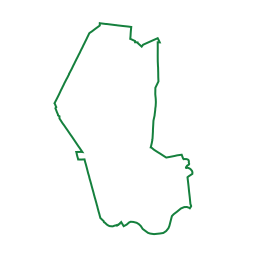 outline of Saravale, Timis, Romania, rotated 191°
{"feature_id": "2599482B63944101877376", "entity_name": "Saravale", "entity_type": "district", "adm_level": 2, "iso_a3": "ROU", "parent_name": "Romania", "parent_adm1": "Timis", "projection": "robinson", "projection_center": [20.709, 46.077], "detail": "fine", "context": "isolated", "style": "outline", "palette": "green", "viewbox_px": 256, "rotation_deg": 191, "n_neighbors": 0, "source": "geoboundaries", "source_scale": "gbopen_adm2", "svg_char_len": 4004}
<svg xmlns="http://www.w3.org/2000/svg" viewBox="0 0 256 256"><g transform="rotate(191 128 128)"><path d="M175.7,225.5L175.6,224.7L175.3,223.6L175.3,223.3L175.3,223.2L175.5,222.9L175.8,222.6L176.8,221.5L178.6,219.6L180.3,217.7L181.8,216.0L183.4,214.4L184.1,213.6L184.2,213.2L184.7,211.2L185.2,209.4L185.7,207.4L186.2,205.6L186.6,204.2L187.0,202.6L187.6,200.6L188.1,198.5L188.7,196.5L189.2,194.7L189.7,192.6L190.3,190.7L190.8,188.8L191.4,186.7L191.9,185.1L191.9,184.9L192.5,182.9L193.0,180.9L193.6,178.9L194.1,176.9L194.4,175.8L194.6,175.0L195.3,172.8L195.8,171.0L196.1,170.3L196.2,170.1L196.2,169.9L196.1,169.6L196.1,169.4L196.6,167.9L197.1,166.0L197.8,163.9L198.4,161.8L199.0,159.8L199.4,158.1L200.0,156.0L200.4,154.4L201.0,152.4L201.5,150.3L202.2,147.5L203.3,143.6L204.4,139.8L204.9,138.2L204.6,137.9L204.2,137.5L203.1,135.7L202.4,134.8L202.5,134.6L203.0,133.7L203.0,133.4L202.2,132.3L200.8,130.0L199.6,128.3L199.4,127.9L199.2,127.6L199.1,127.3L199.1,127.1L198.8,126.9L197.9,126.5L197.5,126.4L197.1,124.3L193.1,120.1L191.1,118.3L189.2,116.4L187.1,114.4L185.3,112.6L183.5,110.8L181.2,108.6L179.7,107.1L178.4,105.8L176.9,104.3L175.1,102.5L173.1,100.5L171.7,99.2L169.7,97.2L168.2,95.7L169.8,95.6L170.4,95.4L172.7,94.9L174.2,94.6L173.8,93.8L173.4,92.9L173.0,91.9L172.6,91.1L172.2,90.2L171.7,89.3L170.9,87.6L170.2,87.8L170.0,87.7L167.1,88.3L164.7,88.9L164.3,88.0L163.5,86.3L162.5,84.4L160.9,81.1L159.9,79.0L158.5,76.0L157.6,74.3L156.8,72.8L156.7,72.4L155.8,70.5L155.2,69.4L154.2,67.4L153.4,65.8L152.6,64.1L151.6,62.1L150.6,60.1L149.7,58.3L148.9,56.6L148.5,55.7L148.4,55.5L148.1,55.0L147.5,53.7L146.6,52.0L145.6,50.0L144.6,48.0L143.9,46.5L143.1,45.0L142.7,44.0L142.2,43.0L141.6,41.8L141.1,40.7L139.8,38.2L139.0,36.5L138.6,35.7L138.3,35.1L138.0,34.4L136.7,33.6L136.0,33.1L134.2,32.0L134.0,31.8L133.8,31.2L133.5,30.9L132.7,30.7L130.4,29.2L128.4,28.4L127.1,28.2L125.4,28.4L125.2,28.4L124.1,28.6L123.5,29.0L123.0,29.3L122.5,29.6L121.8,29.9L121.2,30.2L120.7,30.5L120.6,30.4L120.6,30.1L120.3,30.0L120.1,30.1L120.0,30.3L119.9,30.4L119.8,30.5L119.7,30.6L119.4,30.8L119.2,30.9L119.2,31.1L119.2,31.3L118.6,31.6L118.6,31.8L118.5,32.0L118.4,32.1L118.1,32.3L117.9,32.5L117.7,32.6L117.7,33.0L117.5,33.3L117.3,33.6L117.1,33.9L116.8,34.1L116.7,34.3L113.5,30.8L110.9,32.9L108.8,35.6L107.4,36.5L104.8,36.8L101.4,36.6L99.0,35.7L96.7,34.2L94.3,31.7L88.4,28.9L86.1,28.6L82.2,28.8L76.6,30.5L73.3,31.7L70.9,34.1L69.2,37.3L68.7,39.8L68.1,49.9L66.7,52.1L64.0,55.1L60.7,59.1L57.7,61.1L55.1,61.7L52.6,61.3L52.0,61.0L51.2,62.9L51.1,63.2L51.1,63.4L51.4,64.0L52.2,65.2L52.8,67.2L54.3,72.2L55.9,77.2L57.4,82.2L59.0,87.3L60.2,91.0L60.0,91.3L59.0,92.4L56.1,95.2L56.1,95.3L56.3,96.8L56.7,97.6L57.1,98.2L58.7,99.5L59.8,100.0L61.7,100.4L62.0,100.4L62.9,99.9L63.5,100.0L63.6,100.4L62.8,102.2L62.5,102.6L61.4,103.5L61.2,103.9L61.1,104.2L61.1,104.4L61.8,105.9L61.8,106.4L61.9,106.9L62.1,107.4L62.5,108.0L62.9,108.3L63.7,108.5L64.4,108.6L64.9,108.6L65.3,108.5L66.0,108.4L66.3,108.4L66.9,108.2L67.4,108.0L68.0,108.5L68.3,108.9L70.2,112.0L74.6,110.5L77.0,109.4L81.7,107.5L84.8,106.3L85.4,106.5L91.6,109.0L94.3,110.0L98.3,111.6L100.3,112.7L101.2,113.2L101.4,113.3L102.0,113.3L101.9,114.7L101.8,117.8L101.8,119.2L101.8,120.3L101.8,120.9L102.0,121.2L101.9,122.2L102.2,124.5L102.9,129.6L103.0,130.0L103.2,131.2L103.8,135.7L104.4,139.9L104.4,141.1L104.3,144.7L104.3,145.7L104.4,146.1L104.4,146.4L104.7,150.8L104.9,152.1L105.0,154.2L105.0,154.6L105.5,158.2L105.8,159.7L106.0,160.4L106.2,161.4L106.8,163.5L107.0,164.1L107.7,166.5L108.8,172.7L107.0,179.5L107.7,182.5L108.0,183.7L108.8,187.6L110.1,193.5L110.3,194.1L111.5,199.1L112.6,204.5L114.1,212.4L115.2,217.8L113.2,218.1L114.1,219.4L116.0,221.8L124.3,216.0L129.1,212.6L130.1,210.5L134.9,213.4L135.0,213.6L135.0,213.8L135.9,213.8L137.4,213.5L137.7,214.7L141.6,215.7L142.8,215.9L143.1,219.0L143.4,221.1L143.7,223.6L144.1,227.8L147.4,227.6L152.0,227.2L158.4,226.7L159.3,226.7L160.0,226.6L163.1,226.4L169.0,226.0L169.2,225.9L175.0,225.5L175.7,225.5Z" fill="none" stroke="#15803d" stroke-width="2"/></g></svg>